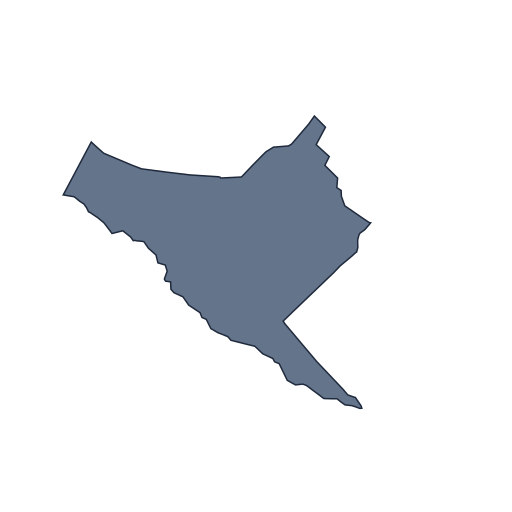 the district of Reifi Aroma, Kassala, Sudan, rotated 327°
{"feature_id": "16777658B59678801632413", "entity_name": "Reifi Aroma", "entity_type": "district", "adm_level": 2, "iso_a3": "SDN", "parent_name": "Sudan", "parent_adm1": "Kassala", "projection": "robinson", "projection_center": [35.864, 15.736], "detail": "fine", "context": "isolated", "style": "filled", "palette": "slate", "viewbox_px": 512, "rotation_deg": 327, "n_neighbors": 0, "source": "geoboundaries", "source_scale": "gbopen_adm2", "svg_char_len": 1735}
<svg xmlns="http://www.w3.org/2000/svg" viewBox="0 0 512 512"><g transform="rotate(327 256 256)"><path d="M127.6,99.8L135.8,107.3L138.0,114.2L140.0,118.6L140.2,123.3L139.6,127.7L140.4,128.9L143.8,136.9L144.4,138.4L145.0,140.5L146.5,145.1L146.7,146.9L147.3,155.2L147.5,158.7L158.0,162.3L161.2,171.8L161.4,176.3L162.8,176.9L164.7,178.7L168.9,182.0L169.8,183.1L170.0,190.9L172.7,200.7L170.0,208.3L175.0,214.2L173.2,220.4L166.6,225.4L166.4,227.8L170.3,231.2L166.5,237.6L167.2,242.1L172.5,250.5L172.8,260.6L178.2,273.0L177.2,278.1L179.8,282.1L178.6,292.3L182.3,299.6L188.4,308.2L189.1,313.1L201.0,325.9L205.9,331.1L208.4,341.7L214.3,351.2L214.0,354.9L216.8,358.9L214.5,377.4L218.9,385.6L225.4,388.9L226.6,390.4L227.8,392.1L228.3,393.4L231.0,400.9L233.6,407.8L234.8,411.3L235.3,412.5L238.1,414.5L241.0,416.4L241.2,416.6L243.2,417.9L246.2,419.9L247.6,424.3L249.1,428.2L249.6,429.4L253.9,432.9L255.0,433.8L256.4,435.6L257.1,436.4L259.7,439.9L260.2,440.5L261.9,441.3L262.5,438.8L262.3,428.8L261.6,428.0L257.3,422.5L256.4,415.3L249.4,377.4L243.3,328.6L243.3,325.4L257.6,322.6L312.4,312.2L321.2,310.1L336.3,308.3L341.6,307.4L342.5,307.5L346.0,304.4L349.0,299.4L350.6,297.3L354.1,294.2L355.7,293.5L361.5,293.2L368.1,291.3L370.2,290.6L369.2,289.7L365.1,280.0L357.8,262.3L360.1,252.5L363.1,247.4L361.0,242.7L366.9,235.1L363.1,217.5L371.6,212.5L367.1,195.4L384.4,185.8L381.2,170.4L371.9,174.1L346.9,181.5L343.3,181.4L340.6,180.0L329.9,174.2L329.0,174.2L321.4,174.0L317.3,174.8L302.7,178.0L287.8,181.6L286.6,181.7L268.9,171.4L268.8,170.3L267.4,168.9L244.6,151.9L225.8,136.2L208.7,121.6L207.4,120.5L200.9,111.5L184.2,86.8L181.5,76.9L180.0,71.1L179.9,70.9L179.9,70.7L127.6,99.8L127.6,99.8Z" fill="#64748b" stroke="#1e293b" stroke-width="1.5"/></g></svg>